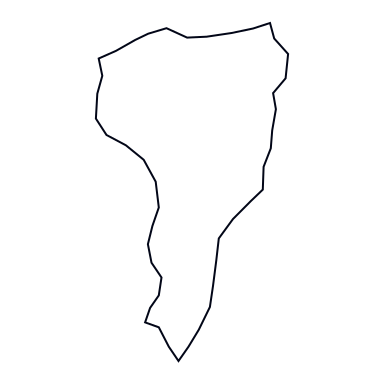 Poá, São Paulo, Brazil
{"feature_id": "56859067B52445004777120", "entity_name": "Poá", "entity_type": "district", "adm_level": 2, "iso_a3": "BRA", "parent_name": "Brazil", "parent_adm1": "São Paulo", "projection": "albers", "projection_center": [-46.347, -23.539], "detail": "fine", "context": "isolated", "style": "outline", "palette": "ink", "viewbox_px": 384, "rotation_deg": 0, "n_neighbors": 0, "source": "geoboundaries", "source_scale": "gbopen_adm2", "svg_char_len": 660}
<svg xmlns="http://www.w3.org/2000/svg" viewBox="0 0 384 384"><path d="M178.5,361.0L188.5,346.7L198.8,329.7L209.9,307.0L213.0,286.0L216.3,260.3L218.8,238.4L233.0,219.0L250.8,201.1L262.8,189.6L263.6,166.8L270.8,148.3L272.2,130.4L275.9,109.2L273.1,93.1L285.6,78.3L288.1,54.0L274.2,38.5L270.0,23.0L253.1,28.5L231.6,33.0L206.6,36.7L187.1,37.6L166.5,28.2L148.2,33.7L135.1,40.0L115.9,50.9L98.7,58.5L102.3,75.8L97.3,93.7L95.9,118.6L106.5,135.0L125.9,145.3L143.7,159.8L155.7,181.7L158.8,207.5L152.4,226.0L147.9,244.2L151.5,262.7L161.5,277.5L158.8,295.4L150.1,307.9L145.1,322.4L158.8,327.3L168.8,346.7L178.5,361.0Z" fill="none" stroke="#020617" stroke-width="2"/></svg>